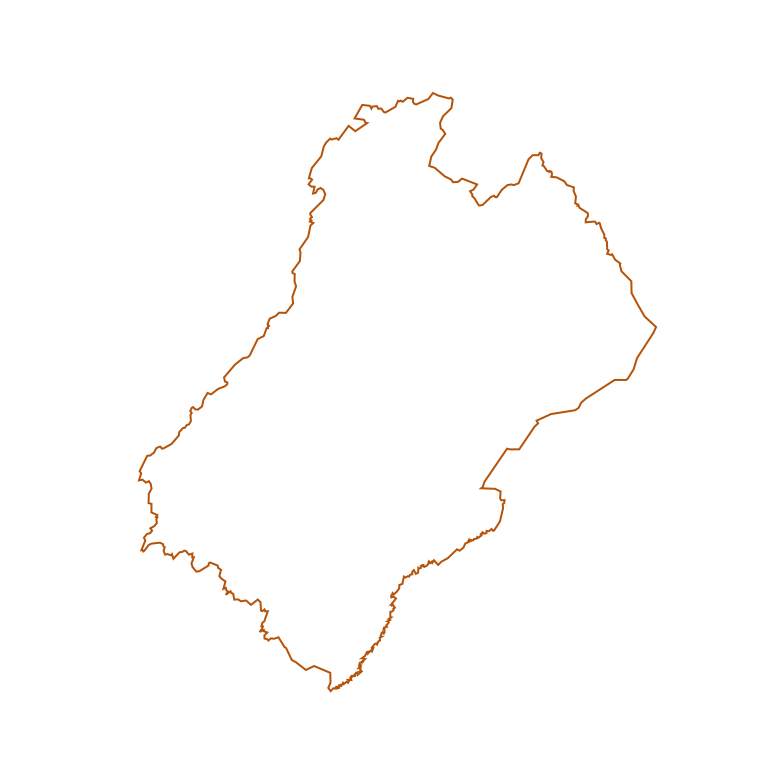 Liezēres pag., Madona, Latvia, rotated 127°
{"feature_id": "27541924B78156453771197", "entity_name": "Liezēres pag.", "entity_type": "district", "adm_level": 2, "iso_a3": "LVA", "parent_name": "Latvia", "parent_adm1": "Madona", "projection": "equal_earth", "projection_center": [26.079, 57.016], "detail": "fine", "context": "isolated", "style": "outline", "palette": "amber", "viewbox_px": 768, "rotation_deg": 127, "n_neighbors": 0, "source": "geoboundaries", "source_scale": "gbopen_adm2", "svg_char_len": 6166}
<svg xmlns="http://www.w3.org/2000/svg" viewBox="0 0 768 768"><g transform="rotate(127 384 384)"><path d="M115.1,502.9L116.8,503.9L120.9,514.0L122.2,520.0L129.8,520.1L141.3,526.5L142.0,528.3L141.3,530.6L138.7,532.3L141.3,537.5L147.3,538.9L147.7,541.3L149.0,541.7L149.4,543.2L155.7,541.7L166.1,546.1L166.9,547.3L165.7,552.1L167.6,554.1L166.4,557.0L169.4,560.2L171.6,559.8L170.3,562.7L174.2,569.3L189.6,567.3L185.0,559.0L186.4,556.1L185.7,554.5L199.4,559.1L199.1,567.6L216.3,567.4L216.3,569.8L220.3,573.0L220.4,574.7L226.1,575.5L230.5,575.0L240.0,571.1L255.0,571.6L265.0,567.8L264.0,566.3L264.1,564.4L269.9,564.4L270.1,560.9L268.3,558.2L274.6,555.3L272.3,553.5L268.8,554.2L265.6,552.6L265.4,549.4L267.8,545.2L273.3,543.1L291.8,545.7L292.9,545.1L294.0,542.0L295.8,542.5L297.1,542.1L297.0,540.5L298.8,540.9L297.9,537.4L301.7,538.1L312.2,533.1L327.4,532.5L329.1,529.9L336.4,525.2L349.3,525.0L350.4,523.8L349.9,521.5L355.9,517.2L358.9,513.0L369.6,509.6L374.2,505.1L386.2,505.1L390.2,510.7L394.8,511.4L400.6,514.6L406.3,513.0L406.8,510.8L407.8,511.4L409.2,510.3L410.1,511.3L418.1,508.9L424.2,511.9L442.0,508.4L444.8,509.0L448.2,512.1L458.3,514.7L475.0,515.7L477.7,512.5L477.0,510.0L478.3,509.1L481.4,509.6L487.9,513.6L496.4,515.9L497.3,519.5L505.4,518.6L511.4,515.8L516.4,517.2L517.9,519.5L517.3,522.5L518.6,523.2L522.3,522.4L522.8,520.2L525.3,519.9L529.8,515.9L533.5,515.4L535.5,516.8L538.9,516.7L540.0,518.0L545.6,518.6L548.5,516.9L559.8,517.6L568.4,521.5L569.3,522.5L568.6,524.7L569.8,526.0L572.4,527.2L577.4,526.4L581.9,527.8L583.9,529.9L600.7,526.7L601.5,524.1L608.4,521.7L605.7,519.2L606.0,514.8L603.1,513.3L604.2,510.2L607.4,506.7L613.2,505.8L620.8,500.3L619.7,497.5L626.5,492.5L625.1,486.2L627.5,486.0L626.9,484.8L629.4,484.2L631.6,481.8L635.6,481.9L639.9,483.8L640.7,480.9L643.9,481.0L646.4,483.0L651.2,483.2L652.7,480.4L662.8,477.7L662.0,476.6L662.6,475.5L661.6,475.1L654.3,475.0L651.6,473.8L645.6,467.5L644.9,464.1L646.4,462.3L646.3,460.9L649.8,459.7L652.0,456.2L650.1,454.5L649.0,451.0L647.5,451.0L650.3,447.0L641.3,446.0L640.0,444.3L637.3,443.2L636.6,441.7L637.7,437.0L634.7,435.0L637.9,432.8L636.8,431.6L643.2,429.7L645.4,426.7L646.8,421.0L644.6,418.8L634.6,414.9L632.6,416.0L631.2,415.5L629.1,407.5L630.7,405.8L630.4,402.4L636.5,399.9L637.3,396.9L637.1,391.8L644.3,388.9L642.0,387.6L643.7,385.6L643.6,383.7L647.6,383.5L641.9,381.8L642.7,380.2L642.3,378.2L646.3,373.8L643.8,370.9L643.6,367.4L639.9,363.9L640.4,357.3L632.1,355.1L632.6,351.3L639.0,345.9L638.5,344.4L636.0,343.8L637.1,342.2L635.4,340.0L645.7,336.8L648.0,337.4L651.3,336.1L650.5,334.8L652.8,334.0L656.9,334.2L652.8,331.9L653.7,331.1L652.7,327.7L656.9,328.2L659.2,326.2L658.2,324.1L658.4,321.9L655.4,321.4L653.4,318.3L649.8,315.9L653.9,305.2L653.8,303.2L659.9,291.6L659.2,286.9L659.4,274.3L651.3,270.1L647.0,253.1L654.8,246.9L660.2,245.6L661.4,241.8L657.4,241.3L656.4,239.4L654.7,240.0L654.0,239.2L655.3,238.2L653.8,237.0L651.8,238.3L651.8,237.5L650.6,237.6L650.7,236.5L647.3,236.9L647.9,235.5L644.0,234.6L644.3,232.9L641.9,233.3L641.8,234.4L640.1,231.9L639.0,233.4L637.6,233.4L638.3,234.2L636.4,234.2L635.1,231.6L634.1,231.5L633.9,232.6L631.3,232.5L630.4,231.8L632.1,230.0L627.6,229.0L628.3,230.4L626.6,229.8L626.4,231.1L624.5,232.0L626.1,233.3L623.2,233.3L624.7,234.6L622.6,233.8L622.6,235.0L621.1,235.5L619.4,233.6L617.9,233.7L618.1,234.5L615.3,233.7L616.0,234.7L615.0,235.4L616.0,236.5L612.8,235.5L608.2,236.3L607.1,235.2L608.2,234.6L605.2,234.3L605.1,232.6L601.5,233.6L602.6,234.5L601.9,235.1L597.2,234.9L595.7,233.8L596.1,232.8L593.1,233.6L591.3,232.8L589.3,234.7L587.2,233.8L587.8,234.7L584.0,236.1L583.0,235.8L583.4,234.0L582.3,234.0L579.6,236.0L580.3,236.7L578.5,237.4L576.1,235.5L575.4,236.9L571.7,236.6L570.7,237.5L571.1,238.2L568.9,237.2L569.1,238.8L566.0,237.8L566.4,238.6L562.2,241.8L560.7,240.6L558.6,240.3L557.7,241.4L556.1,240.7L555.1,243.7L555.9,244.2L554.8,244.8L555.8,245.6L548.1,245.3L548.1,248.5L550.0,249.8L549.1,250.7L545.8,251.2L546.3,249.6L542.4,248.8L538.1,248.8L535.3,250.8L532.6,249.0L525.8,252.2L525.7,250.4L523.0,249.2L522.8,248.1L520.5,248.3L518.9,246.9L517.1,248.4L514.7,248.2L516.4,244.3L514.2,243.2L510.3,245.8L510.4,244.9L508.7,243.9L507.4,245.0L505.3,244.3L504.9,243.5L506.1,243.0L505.8,241.7L503.0,240.4L499.8,240.3L500.1,240.9L498.6,241.4L499.0,239.1L497.0,238.8L497.6,237.8L494.7,238.0L495.9,231.9L491.5,231.3L484.7,228.2L472.1,226.2L471.6,223.3L466.9,222.1L462.4,223.1L460.1,221.8L457.4,222.3L458.3,221.1L456.8,221.1L457.0,220.1L455.9,220.1L455.4,218.7L453.5,218.7L451.6,216.9L450.0,217.4L450.1,216.2L446.3,215.0L445.4,215.3L445.7,216.2L442.3,216.1L443.2,215.7L443.1,213.7L441.3,212.5L439.6,213.7L438.4,211.6L435.1,210.8L435.6,208.4L434.8,207.9L423.9,208.7L411.5,214.2L408.5,216.9L406.8,216.3L404.2,217.8L406.3,220.3L405.6,222.3L399.7,226.2L400.9,232.3L408.8,243.6L406.8,243.1L401.9,244.9L361.6,246.8L360.3,243.9L354.8,236.7L327.4,238.1L322.7,237.2L321.4,240.1L307.5,232.5L289.9,215.6L285.9,214.2L280.3,215.3L274.1,214.0L241.9,202.2L235.2,193.2L233.0,192.5L222.0,193.5L211.0,197.5L181.2,199.6L174.8,201.0L173.2,216.5L168.1,228.6L162.4,241.0L153.1,248.3L151.0,262.4L146.7,267.5L145.5,267.8L145.7,274.1L143.1,279.9L144.3,280.4L145.7,284.1L142.1,285.0L142.2,286.7L136.2,291.6L135.7,293.6L134.2,294.5L134.7,296.2L132.2,297.8L129.1,304.1L125.8,308.4L125.9,309.4L128.4,310.5L127.3,313.0L128.2,314.4L133.5,320.2L131.1,321.9L127.2,322.1L124.9,324.0L125.6,333.9L124.4,336.1L125.0,336.7L123.8,336.9L124.7,340.0L118.8,343.5L115.6,348.9L112.7,350.7L115.0,357.7L113.6,362.0L115.0,370.3L117.9,375.1L115.5,375.9L113.9,377.7L113.8,378.9L115.0,379.5L114.4,379.9L115.8,381.8L113.8,387.3L114.1,389.0L110.8,390.1L109.0,394.5L105.2,396.8L105.5,398.7L108.4,398.4L111.8,403.0L117.5,403.8L142.7,397.3L147.0,400.0L148.0,402.4L150.8,405.1L158.1,406.8L166.8,406.3L167.8,407.6L167.3,409.4L170.3,411.2L181.6,413.0L183.5,414.6L184.3,415.7L181.1,424.0L181.0,426.4L179.6,427.3L178.2,431.3L174.9,429.5L168.6,429.7L173.0,445.3L178.2,446.6L181.3,450.3L180.3,453.4L181.6,460.6L180.8,473.7L182.7,479.1L173.9,483.1L165.4,483.5L158.6,485.6L147.4,485.6L145.8,489.9L145.9,492.4L141.7,496.4L134.7,498.0L123.1,496.2L115.6,500.2L115.1,502.9Z" fill="none" stroke="#b45309" stroke-width="2"/></g></svg>